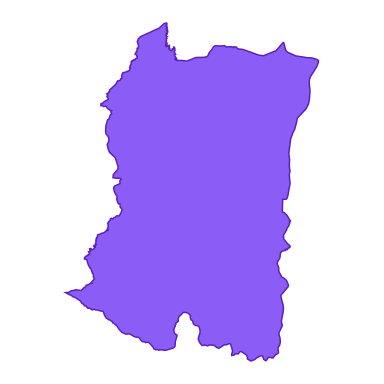 the district of Khon Buri, Nakhon Ratchasima, Thailand
{"feature_id": "78962969B59767339718712", "entity_name": "Khon Buri", "entity_type": "district", "adm_level": 2, "iso_a3": "THA", "parent_name": "Thailand", "parent_adm1": "Nakhon Ratchasima", "projection": "natural_earth1", "projection_center": [102.149, 14.385], "detail": "fine", "context": "isolated", "style": "filled", "palette": "violet", "viewbox_px": 384, "rotation_deg": 0, "n_neighbors": 0, "source": "geoboundaries", "source_scale": "gbopen_adm2", "svg_char_len": 5881}
<svg xmlns="http://www.w3.org/2000/svg" viewBox="0 0 384 384"><path d="M159.3,28.0L140.5,36.7L138.4,38.8L137.3,41.5L138.5,45.7L138.4,47.6L138.1,48.3L137.2,48.2L136.8,52.0L136.2,52.0L135.1,54.2L136.4,54.9L136.8,56.2L137.2,56.3L137.1,58.2L135.4,58.7L135.0,59.9L133.4,59.9L132.9,60.7L132.1,60.7L131.9,61.5L131.3,61.5L131.1,62.3L131.5,62.9L130.0,66.3L130.3,66.9L129.7,67.3L130.0,67.7L129.7,69.7L128.7,71.1L127.6,71.2L127.3,71.6L126.7,71.5L124.8,72.5L123.0,72.5L121.7,75.3L121.9,78.2L120.8,78.7L119.9,80.5L117.5,81.0L115.8,84.3L109.5,90.1L109.4,92.0L108.6,92.2L107.8,93.5L106.7,93.9L107.7,95.1L107.7,95.6L107.0,96.2L107.5,96.7L107.4,97.5L108.2,98.2L108.2,99.5L104.0,101.7L103.4,102.6L100.8,104.0L101.1,105.7L101.7,105.3L103.7,106.5L105.6,106.3L106.7,107.0L107.5,108.6L108.3,108.7L109.9,110.3L111.5,110.8L111.0,111.1L111.0,112.2L111.6,114.0L110.3,114.9L108.9,119.2L107.7,119.7L106.0,125.2L105.6,130.1L105.7,132.5L106.2,134.1L108.1,136.5L108.9,138.3L108.7,141.2L107.2,144.6L108.3,149.5L109.5,152.3L115.4,157.9L118.1,166.9L118.0,168.6L117.5,169.6L113.3,174.6L113.0,177.7L117.0,178.4L119.7,178.2L121.1,179.1L119.8,181.0L120.1,183.5L114.7,186.0L113.9,187.0L113.6,188.5L114.6,192.3L116.9,196.4L117.2,197.7L116.6,198.8L117.8,202.9L118.6,203.8L119.8,203.7L120.3,207.3L121.9,209.2L122.0,209.8L121.4,212.0L119.2,215.9L116.5,215.8L115.5,217.2L114.0,217.5L112.7,219.1L111.5,218.3L110.5,218.7L110.2,220.1L108.6,221.7L107.6,223.7L108.1,224.7L108.2,226.5L107.3,229.0L108.4,230.1L108.2,230.6L106.4,230.3L105.8,231.3L103.9,232.7L100.6,233.7L99.4,234.6L98.1,234.5L97.6,234.9L97.2,237.6L96.5,237.7L96.6,238.7L95.9,239.5L96.3,240.4L95.7,240.9L96.1,241.7L95.4,243.8L96.1,244.2L96.2,244.8L95.4,245.4L94.3,245.3L93.6,245.9L94.0,246.4L95.2,246.4L95.3,247.3L94.2,247.9L93.9,248.7L93.0,249.5L91.8,249.4L90.6,248.5L89.6,248.7L89.7,249.4L91.0,249.7L91.1,250.1L89.9,250.4L90.0,251.7L88.6,251.8L89.6,253.6L89.5,254.5L88.2,254.6L87.4,255.7L85.7,256.3L84.4,258.0L84.4,258.9L86.8,259.7L88.1,264.3L89.9,267.9L90.8,268.4L92.4,273.3L93.2,273.9L93.6,275.2L93.3,276.8L94.4,278.9L91.9,281.6L92.0,283.0L90.8,282.9L89.0,284.4L86.3,285.2L84.5,287.7L83.4,288.0L82.7,289.2L81.1,290.5L75.4,289.7L73.8,290.5L71.3,290.7L68.7,292.4L65.6,292.6L69.5,294.8L71.0,295.0L72.6,296.6L75.5,297.7L80.2,300.8L82.0,303.4L83.4,304.2L84.5,305.9L86.1,306.0L86.7,307.2L87.8,308.2L90.0,308.3L92.0,309.9L94.3,309.3L95.8,310.0L97.8,310.0L99.7,310.8L102.6,311.2L103.6,312.3L104.4,315.0L106.2,318.0L109.0,319.9L110.1,319.9L111.0,321.0L112.3,321.5L112.6,322.8L113.6,323.1L117.1,326.1L118.8,329.0L122.0,332.4L126.1,334.2L129.5,333.8L134.6,336.8L138.6,337.5L139.8,338.5L140.5,339.9L142.5,341.7L144.3,341.7L145.6,342.6L147.4,342.2L149.1,342.7L153.2,347.2L153.6,348.6L155.7,349.7L157.3,349.5L158.6,350.2L161.6,349.7L163.7,350.3L165.6,350.3L173.3,348.0L174.6,346.9L175.1,345.9L175.3,341.5L177.1,335.6L176.7,334.9L174.6,333.4L173.9,331.2L174.1,328.2L175.2,326.3L175.1,325.4L175.8,324.4L175.7,323.4L178.3,321.2L178.2,319.1L178.9,316.6L180.8,315.1L182.8,312.7L185.1,312.3L188.1,313.1L190.5,315.6L190.2,317.3L191.0,319.8L192.8,320.9L193.0,322.9L194.0,324.5L195.5,325.4L198.3,326.0L199.1,326.8L200.1,330.8L199.9,333.4L198.5,337.3L198.3,339.3L199.7,342.7L201.9,345.4L203.0,345.5L204.3,345.0L207.6,345.8L209.8,344.9L214.1,345.3L216.5,347.4L218.9,348.3L224.6,344.6L226.2,344.9L228.4,343.8L229.9,343.7L230.7,344.4L232.5,350.6L232.3,352.7L231.7,353.7L231.7,355.5L234.2,355.0L235.6,353.8L238.3,353.9L239.7,351.9L241.0,351.4L246.3,354.8L247.4,356.9L247.4,358.9L250.9,361.0L254.7,359.6L256.7,357.9L260.5,355.8L262.5,356.0L263.8,359.4L265.6,360.7L266.4,360.4L268.4,357.2L273.0,358.0L275.7,354.6L277.8,353.6L278.5,352.4L277.9,347.7L279.5,345.6L280.3,342.1L280.1,338.6L279.0,334.3L279.0,332.7L282.4,325.4L281.5,322.5L281.5,320.3L283.1,312.4L283.5,308.2L283.1,304.9L281.7,300.0L280.8,295.4L288.1,286.7L288.5,285.2L286.5,280.5L284.3,278.4L281.8,277.0L279.3,272.4L278.8,271.1L278.7,267.5L277.1,263.6L277.6,261.7L279.9,257.9L280.4,253.4L281.6,251.5L283.9,250.5L285.2,250.5L285.5,249.6L286.0,249.7L286.1,249.2L287.3,249.6L288.3,248.0L288.8,248.0L289.0,247.4L289.5,247.6L290.2,246.7L289.5,245.2L287.5,243.7L284.3,239.7L283.7,238.7L283.7,237.2L283.3,237.0L283.7,234.8L286.6,229.9L287.1,228.0L288.8,226.0L289.1,224.3L289.6,223.7L289.5,221.6L290.2,221.7L290.5,221.2L287.1,215.5L284.3,212.6L282.3,211.9L282.7,199.3L286.3,199.2L286.9,198.4L287.8,195.9L290.1,183.5L289.2,174.5L290.0,171.5L289.3,165.8L289.6,159.7L288.8,153.6L290.6,139.1L292.8,133.0L294.6,129.5L296.5,122.6L297.3,118.1L306.0,108.9L308.5,103.9L309.4,99.3L310.0,90.8L309.2,82.6L309.5,79.4L310.5,76.6L316.6,67.0L318.4,62.4L318.4,60.4L316.5,59.3L311.9,57.9L308.0,57.8L295.7,55.9L288.0,52.4L286.6,51.4L285.4,49.6L283.9,42.9L283.1,42.5L276.2,50.6L263.7,55.7L259.0,55.2L243.1,49.5L237.5,48.8L236.5,47.0L233.4,46.9L233.2,47.6L231.3,46.7L226.1,46.9L224.8,45.7L219.0,46.0L216.0,45.7L214.8,45.9L213.3,47.0L211.8,49.8L209.4,52.3L207.9,55.7L206.6,56.8L204.0,57.3L195.9,57.5L186.9,61.1L182.5,60.5L176.4,60.4L175.6,59.9L175.9,59.5L176.6,59.8L176.7,58.7L176.0,58.3L175.2,59.2L174.9,58.8L176.0,57.7L174.5,55.5L174.6,54.9L175.6,54.4L174.9,53.8L175.0,53.1L174.2,52.0L175.0,50.4L174.8,48.6L173.8,48.9L174.5,47.7L174.1,47.0L173.7,47.0L173.8,47.8L173.3,48.4L172.3,48.8L172.0,50.6L170.8,50.7L170.6,50.1L170.1,50.2L169.0,48.9L169.7,48.3L169.0,47.9L169.5,47.0L169.3,45.6L168.5,46.2L167.7,46.2L167.7,45.2L167.0,45.2L166.3,46.5L165.5,45.7L165.9,44.6L166.3,44.9L166.3,44.1L167.1,43.3L166.9,42.9L166.1,42.9L166.1,41.5L166.6,40.9L166.1,39.8L166.3,39.0L166.8,38.7L166.3,38.3L166.4,37.6L167.2,36.7L166.5,36.6L166.0,34.8L167.0,34.5L167.0,34.0L166.3,34.0L166.3,33.4L167.2,33.1L167.1,32.6L167.9,31.9L167.6,31.5L167.0,31.7L166.8,30.8L167.6,30.1L167.2,29.0L166.7,29.2L167.1,28.0L166.5,27.9L167.1,27.1L166.6,26.6L166.8,25.9L166.0,25.7L166.8,24.5L166.9,23.4L165.9,23.4L165.8,23.0L163.9,23.7L159.3,28.0Z" fill="#8b5cf6" stroke="#5b21b6" stroke-width="1.5"/></svg>